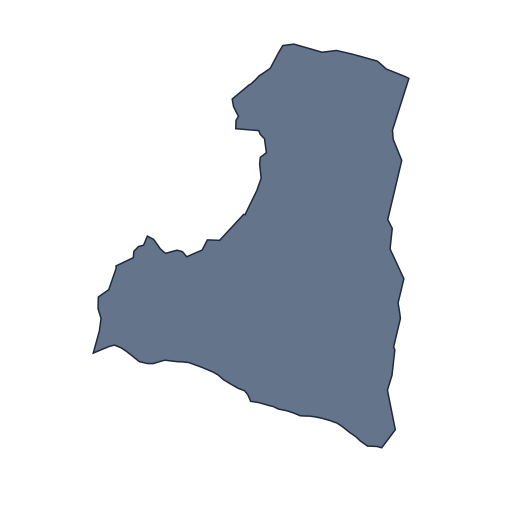 Umuahia South, Abia, Nigeria, rotated 263°
{"feature_id": "59680162B33788323646847", "entity_name": "Umuahia South", "entity_type": "district", "adm_level": 2, "iso_a3": "NGA", "parent_name": "Nigeria", "parent_adm1": "Abia", "projection": "albers", "projection_center": [7.437, 5.501], "detail": "fine", "context": "isolated", "style": "filled", "palette": "slate", "viewbox_px": 512, "rotation_deg": 263, "n_neighbors": 0, "source": "geoboundaries", "source_scale": "gbopen_adm2", "svg_char_len": 1689}
<svg xmlns="http://www.w3.org/2000/svg" viewBox="0 0 512 512"><g transform="rotate(263 256 256)"><path d="M461.6,308.2L455.4,303.4L440.5,293.0L434.3,280.9L431.0,277.0L427.3,271.9L426.7,270.1L414.7,251.5L407.0,251.9L396.7,255.6L393.1,252.7L391.9,252.5L390.0,252.2L384.8,251.4L384.2,254.4L380.1,274.0L376.0,275.1L371.4,278.7L357.3,278.9L353.4,272.3L346.6,270.8L332.6,270.6L320.9,264.8L298.3,250.1L298.8,248.8L276.0,221.8L277.9,209.7L268.5,203.3L263.7,187.2L269.3,183.5L271.4,178.3L269.7,166.4L274.7,161.9L277.8,160.3L285.0,156.4L289.0,150.6L280.4,145.7L279.7,140.5L275.6,135.4L269.3,134.0L263.2,115.8L260.8,115.7L240.5,105.7L234.5,94.5L223.1,92.8L212.9,94.6L200.7,91.4L179.4,82.6L180.1,85.0L182.1,91.9L184.2,99.7L184.8,104.7L181.2,111.1L176.9,116.0L175.1,117.8L170.4,122.4L165.4,127.3L162.5,135.1L161.7,140.8L163.0,148.0L163.7,152.9L160.7,165.0L159.9,170.0L158.4,176.4L154.8,183.4L154.7,183.7L152.6,187.7L149.0,194.1L146.1,199.1L142.5,204.0L137.5,208.3L132.5,214.6L126.7,222.4L123.8,228.1L119.5,230.9L112.4,233.0L110.2,240.8L106.6,249.3L106.1,250.4L104.4,255.0L101.5,259.3L98.6,267.8L95.8,273.8L95.6,274.2L92.0,280.5L91.1,285.8L90.5,289.8L89.0,295.5L87.4,300.2L86.8,301.9L83.2,310.4L82.9,310.8L80.3,316.0L76.7,320.3L69.5,327.4L64.5,333.0L59.5,337.2L53.7,343.6L53.7,343.9L52.2,352.9L50.3,357.4L63.8,370.4L66.6,373.1L106.9,370.1L120.9,376.4L146.0,382.4L148.8,381.5L153.0,383.0L176.3,391.7L182.2,391.7L192.1,391.3L215.4,400.0L233.4,394.2L246.6,389.9L266.7,394.6L276.1,391.2L333.1,412.3L355.1,406.4L364.3,406.8L413.6,429.4L416.1,425.6L425.7,408.1L434.6,400.3L439.9,387.7L444.8,375.7L450.2,360.8L450.2,346.4L461.7,319.4L461.6,308.2Z" fill="#64748b" stroke="#1e293b" stroke-width="1.5"/></g></svg>